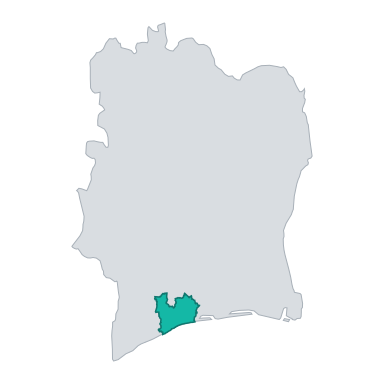 Gbokle, Bas-Sassandra, Ivory Coast shown in context
{"feature_id": "98640826B37905317988050", "entity_name": "Gbokle", "entity_type": "district", "adm_level": 2, "iso_a3": "CIV", "parent_name": "Ivory Coast", "parent_adm1": "Bas-Sassandra", "projection": "equal_earth", "projection_center": [-6.009, 5.243], "detail": "fine", "context": "in_parent", "style": "filled", "palette": "teal", "viewbox_px": 384, "rotation_deg": 0, "n_neighbors": 0, "source": "geoboundaries", "source_scale": "gbopen_adm2", "svg_char_len": 8922}
<svg xmlns="http://www.w3.org/2000/svg" viewBox="0 0 384 384"><path d="M96.4,52.7L97.6,52.6L100.6,51.5L103.4,48.8L105.9,43.2L109.4,38.7L113.3,39.0L114.4,38.2L115.8,38.1L117.4,41.0L119.0,43.3L120.2,43.3L121.1,47.6L128.2,49.4L131.2,50.5L133.8,53.6L134.6,53.7L135.7,53.1L136.6,52.0L136.7,50.8L135.6,48.0L136.1,45.5L137.3,43.2L139.1,43.1L141.9,42.4L145.0,42.4L147.4,42.8L148.3,40.6L147.4,34.2L147.7,30.8L148.0,27.8L148.9,26.6L152.4,30.3L155.6,31.6L157.9,31.7L158.6,31.1L157.6,27.0L157.9,25.8L158.7,25.1L160.2,24.7L164.3,23.0L164.8,23.4L165.5,29.7L165.2,31.8L166.0,36.1L167.1,40.1L167.0,41.8L166.1,44.3L165.1,46.5L165.2,47.5L166.8,49.0L170.0,50.6L173.2,51.0L175.0,48.7L176.9,46.8L178.2,45.1L178.6,42.5L180.7,40.7L186.6,38.4L192.0,38.0L193.3,38.8L195.7,42.3L198.8,44.7L203.5,44.4L206.9,45.8L209.9,48.5L211.9,54.5L214.1,58.8L215.0,65.0L218.4,68.2L221.1,69.7L224.8,74.2L228.5,76.4L232.4,75.9L234.3,78.2L237.2,79.9L240.1,80.0L242.6,74.9L246.0,72.8L254.5,68.7L257.9,66.8L261.3,65.7L269.5,65.3L277.2,66.6L281.0,67.5L283.6,66.8L286.1,69.3L288.6,74.4L290.7,76.0L292.9,77.8L294.5,81.9L296.3,85.9L297.3,87.7L299.6,91.7L301.6,91.7L303.6,90.0L304.4,88.7L304.8,91.3L304.0,95.6L304.2,98.2L305.3,99.2L304.7,102.6L302.5,108.4L302.5,111.8L304.7,112.9L306.3,116.5L307.3,122.7L308.3,124.8L308.4,126.0L310.0,141.0L312.1,156.1L310.8,158.1L309.1,158.6L307.9,159.3L307.6,160.7L308.4,162.8L307.9,164.7L305.7,166.0L301.0,170.8L300.6,172.7L299.4,176.8L298.3,179.2L296.8,183.9L294.3,196.1L293.5,206.2L293.3,209.3L292.4,211.5L291.3,214.7L286.1,223.3L283.5,230.4L283.9,233.5L284.0,236.6L283.2,238.9L283.4,244.9L284.0,249.9L285.0,254.8L288.7,268.8L290.7,277.2L291.9,284.1L293.0,288.6L294.0,290.5L294.4,292.3L300.0,293.5L301.1,294.6L302.6,303.5L302.4,307.5L301.3,309.0L301.3,312.4L301.1,316.6L300.3,318.3L297.1,318.5L295.0,320.1L292.2,319.5L292.0,318.5L290.5,318.1L286.3,315.7L287.0,307.9L285.1,307.6L283.6,308.6L280.7,317.9L279.3,319.5L258.6,314.7L254.1,310.9L248.8,310.0L239.4,310.4L231.7,311.6L229.5,313.9L249.0,312.5L251.1,312.8L252.0,314.2L227.4,317.3L218.0,319.1L215.2,318.6L213.1,315.6L202.9,315.3L200.8,316.2L199.5,318.4L203.6,318.0L209.9,317.8L211.6,319.5L191.8,321.7L178.0,325.9L172.1,329.0L152.9,339.1L141.2,343.9L138.1,345.7L132.8,350.7L125.9,353.8L118.2,359.6L113.6,361.0L112.5,359.1L112.4,349.2L111.7,335.9L112.0,330.9L112.6,326.1L112.6,322.2L115.0,320.7L115.6,319.0L115.9,313.9L118.1,309.2L118.2,301.1L118.8,299.3L119.3,297.2L118.4,291.8L117.2,281.7L116.6,281.1L116.1,281.5L114.8,281.7L110.0,278.2L106.3,277.6L103.7,274.6L103.5,271.2L102.3,269.2L101.4,265.3L100.1,260.8L96.4,258.1L93.0,257.5L90.5,258.0L87.7,257.9L84.4,256.4L82.1,254.6L80.0,251.4L78.0,248.7L76.4,249.1L74.4,248.4L72.5,247.2L71.9,246.3L79.9,235.9L82.6,230.7L82.9,227.6L83.0,224.4L83.8,221.2L84.1,216.3L79.7,198.4L78.6,192.8L77.4,191.2L76.6,190.6L78.9,188.3L81.9,188.9L86.7,190.7L87.7,188.9L91.3,179.8L91.2,176.5L90.8,174.2L92.9,168.0L94.6,165.6L95.5,163.0L95.2,159.5L93.9,158.2L92.3,158.4L90.3,157.5L87.3,155.5L85.8,153.7L86.3,145.5L86.6,143.0L87.6,141.6L89.3,141.2L94.0,140.9L97.7,141.8L101.0,142.4L102.8,142.4L104.2,144.8L106.1,147.3L107.8,147.3L108.4,145.4L108.0,137.4L106.9,133.1L104.4,129.0L97.8,125.5L97.7,120.6L98.4,115.3L99.8,113.3L104.7,109.9L103.8,108.1L102.3,106.2L99.2,104.2L99.9,97.8L100.1,92.2L97.4,92.8L94.8,93.1L92.5,91.4L90.6,88.0L90.3,78.5L90.3,67.5L89.9,62.7L90.7,60.1L93.0,57.7L95.5,54.7L96.4,52.7ZM289.6,319.6L288.5,321.7L283.3,320.4L284.5,318.6L289.6,319.6Z" fill="#d9dde1" stroke="#a8b0b8" stroke-width="1"/><path d="M175.4,298.7L175.5,298.8L175.4,299.0L175.5,299.2L175.6,299.5L175.4,300.0L175.2,300.2L175.4,300.4L175.6,300.8L175.8,301.2L175.8,301.7L176.2,302.0L176.3,302.1L176.2,302.4L176.0,302.6L176.0,303.2L175.9,303.2L175.7,303.2L175.6,303.4L175.6,303.8L175.4,304.2L175.1,304.4L174.9,304.7L175.0,305.0L174.9,305.2L174.8,305.8L174.8,306.0L175.0,306.3L174.8,306.5L174.5,306.9L174.5,307.1L174.3,307.6L173.9,307.6L173.6,307.8L173.5,307.6L173.3,307.7L172.9,307.0L172.8,306.6L172.3,306.2L171.4,306.7L170.9,306.4L169.7,306.3L169.7,306.7L169.5,306.8L169.1,306.6L169.0,306.4L168.8,305.5L168.5,304.8L168.4,304.6L168.0,304.5L167.6,304.1L167.4,304.0L167.2,304.0L166.9,303.8L166.6,303.4L166.1,303.1L166.2,302.6L166.3,302.6L166.3,302.4L166.4,301.8L166.5,301.6L166.8,301.6L166.8,301.4L166.8,301.0L167.1,300.7L167.2,300.2L167.3,299.9L167.4,299.7L167.5,299.4L167.3,299.1L167.3,298.9L167.1,298.7L166.7,298.2L166.8,298.1L166.7,297.8L166.8,297.5L166.7,297.2L166.8,297.0L166.7,296.8L166.6,296.3L166.6,295.7L166.8,295.3L166.8,295.0L166.9,294.8L166.8,294.6L166.7,294.5L166.7,294.3L166.6,294.0L166.7,293.8L166.8,293.9L167.0,293.3L167.0,293.1L166.7,293.1L166.3,292.8L166.2,292.6L166.2,292.9L166.1,293.0L165.9,293.1L165.7,293.4L165.6,293.5L165.2,293.3L165.2,293.5L164.5,293.9L164.3,293.8L164.2,293.9L163.9,293.7L163.7,293.6L163.5,293.8L163.4,293.7L163.1,293.7L162.9,293.7L162.8,293.8L162.7,293.7L162.6,293.8L162.5,294.0L162.4,294.1L162.0,294.4L162.0,294.6L161.9,294.7L161.7,295.1L161.2,295.3L161.0,295.9L160.9,296.3L160.7,296.3L160.5,296.6L160.4,296.5L160.2,296.6L159.9,296.5L159.7,296.7L159.5,297.0L155.0,296.7L155.1,297.0L155.0,297.3L155.2,297.6L155.0,298.1L154.7,298.6L154.7,298.8L154.8,298.9L155.0,299.1L155.1,299.3L155.2,299.6L155.5,299.6L155.7,299.4L155.9,299.4L156.2,299.2L156.3,299.4L156.6,299.9L156.6,300.0L156.5,300.5L156.3,300.8L156.4,301.2L156.4,301.3L156.8,301.7L157.1,301.7L157.2,301.9L157.1,302.0L156.9,302.2L156.8,302.8L156.9,303.5L156.8,303.8L156.8,304.1L156.7,304.4L156.7,304.7L156.8,305.0L157.0,305.0L156.8,307.3L155.5,311.7L155.9,312.4L157.0,312.1L158.8,312.2L158.8,313.6L159.0,313.9L158.9,314.2L159.0,314.4L158.9,314.8L159.1,315.4L159.1,315.7L158.9,315.9L158.9,316.1L159.0,316.3L159.3,316.5L159.5,316.9L159.6,317.3L159.8,317.9L159.9,318.0L160.4,318.6L160.7,318.7L161.0,319.7L161.0,319.8L160.9,320.3L160.8,321.0L160.7,321.8L160.8,322.3L161.0,322.6L160.7,322.8L160.2,323.2L160.0,323.4L160.0,323.7L160.0,323.8L160.0,324.0L160.1,324.5L160.7,325.1L160.9,325.5L160.9,325.9L161.0,326.1L161.0,326.6L160.9,326.8L161.1,327.1L161.1,327.3L160.9,328.0L160.6,328.4L160.5,328.6L160.3,328.7L160.0,328.6L159.7,329.1L159.4,329.3L159.4,329.2L159.3,329.6L159.2,329.5L158.9,329.4L158.8,329.5L158.7,329.6L158.5,329.4L158.4,329.6L158.4,330.0L158.6,330.4L158.9,330.5L159.1,330.7L159.4,331.2L159.4,331.5L159.5,331.7L159.9,331.7L160.0,331.7L160.3,331.6L160.5,331.2L160.8,331.1L161.0,331.4L161.1,331.2L161.3,331.2L161.6,331.4L161.7,331.5L161.9,331.8L162.1,331.9L162.2,332.7L162.4,332.9L162.5,333.0L162.8,332.8L162.8,333.1L162.7,333.3L162.7,333.6L162.8,333.9L162.7,334.2L162.7,334.5L163.6,334.1L165.1,333.6L165.1,333.3L165.7,332.9L166.0,332.8L166.3,332.8L166.8,332.5L167.3,332.2L167.4,331.9L167.7,331.8L167.8,331.8L168.2,331.5L169.3,330.8L169.8,330.7L170.6,330.2L170.9,329.8L171.2,329.7L171.7,328.7L172.3,328.7L172.7,328.5L173.3,328.4L173.9,328.1L174.0,328.0L174.3,328.0L174.4,327.8L174.7,327.5L175.4,327.3L175.4,327.0L175.8,326.7L176.4,326.5L176.7,326.2L177.1,326.2L177.4,326.1L177.7,325.7L178.3,325.5L179.4,325.1L180.0,324.8L182.2,324.1L184.7,323.6L184.8,323.5L186.5,323.3L188.0,323.0L188.5,323.0L189.8,322.7L190.1,322.4L190.3,322.5L190.6,322.5L190.9,322.4L192.3,322.4L192.6,322.3L192.9,322.2L194.0,322.2L194.6,321.7L194.9,321.7L194.6,321.1L194.4,320.9L194.4,320.6L194.0,320.4L194.1,320.2L194.1,319.9L194.0,319.6L194.3,319.3L194.3,319.2L194.3,318.9L194.2,318.7L194.4,317.3L194.5,316.9L194.8,316.8L195.3,316.7L195.8,316.0L195.8,315.7L195.8,315.2L196.0,315.0L196.0,314.6L196.0,314.4L196.0,313.9L195.7,313.0L195.8,312.9L195.9,312.6L196.4,312.5L196.7,312.6L196.9,312.8L197.0,312.3L196.8,312.2L196.7,311.8L196.3,311.6L196.1,311.4L196.2,310.8L196.0,310.6L196.7,309.1L197.2,307.6L197.4,307.5L197.7,307.4L198.1,307.0L198.2,306.8L198.3,306.8L198.4,306.6L198.5,306.5L198.6,306.3L198.9,306.0L198.9,305.7L199.2,305.6L199.4,305.7L199.5,305.5L199.5,305.4L199.3,305.4L199.1,305.4L198.7,305.3L198.5,305.2L198.0,305.2L197.8,305.1L197.7,305.0L197.5,304.6L197.6,304.4L197.4,304.0L197.3,303.5L197.1,303.3L196.9,303.3L196.7,303.1L195.8,303.5L195.6,303.3L195.4,303.5L195.2,303.2L195.3,302.7L195.1,302.2L195.0,301.5L194.8,301.1L194.8,300.8L194.7,300.4L194.4,300.5L194.2,300.4L193.9,300.3L193.4,299.6L193.0,299.5L192.6,299.0L192.2,299.0L191.9,299.1L191.9,298.7L191.6,297.5L191.6,296.9L191.5,296.3L191.4,295.9L190.9,296.2L190.6,296.2L190.4,296.3L190.1,296.8L189.9,296.9L189.8,297.1L189.7,297.3L189.6,297.5L189.4,297.6L189.0,297.6L188.9,297.5L188.9,297.4L189.0,296.9L188.7,296.7L188.1,296.5L184.7,293.3L184.5,293.6L184.3,294.0L184.4,294.3L184.4,294.6L184.5,295.0L184.2,294.9L183.8,295.4L183.8,295.7L183.6,295.9L183.7,296.5L183.5,297.0L183.2,297.2L183.1,297.6L182.8,297.9L182.6,298.0L182.5,297.9L182.4,298.1L181.8,298.1L181.6,298.3L181.2,298.1L180.5,297.9L180.0,297.7L179.9,297.8L179.7,297.8L179.6,298.0L179.3,297.8L178.8,297.9L178.4,297.8L178.0,297.6L177.7,297.8L177.7,298.0L177.3,298.2L177.1,298.4L176.9,298.4L176.7,298.2L176.4,298.2L175.4,298.7Z" fill="#14b8a6" stroke="#0f766e" stroke-width="1.5"/></svg>